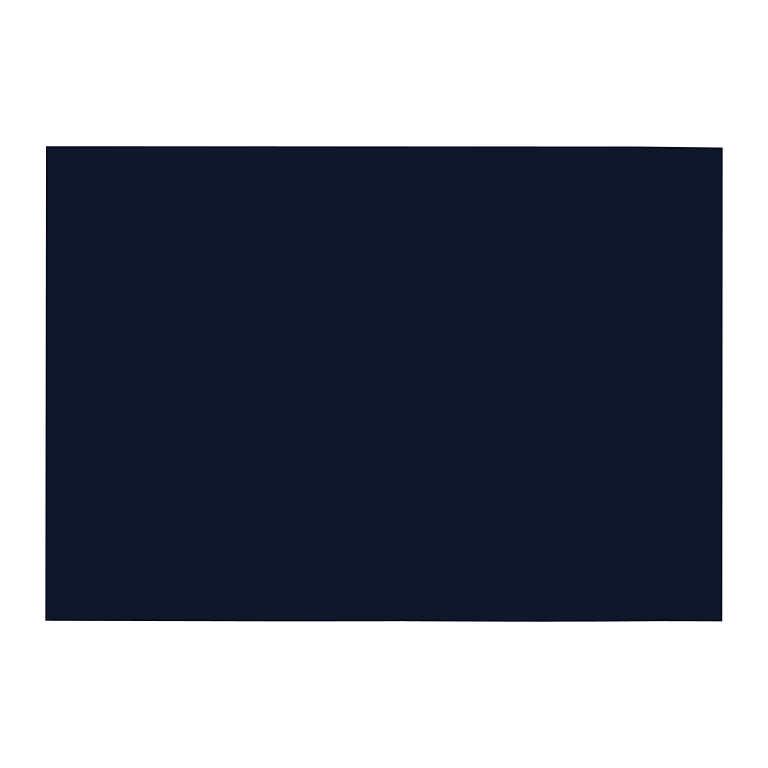 the district of Pawnee, Nebraska, United States of America
{"feature_id": "52423323B98394521598734", "entity_name": "Pawnee", "entity_type": "district", "adm_level": 2, "iso_a3": "USA", "parent_name": "United States of America", "parent_adm1": "Nebraska", "projection": "robinson", "projection_center": [-96.181, 40.131], "detail": "fine", "context": "isolated", "style": "filled", "palette": "ink", "viewbox_px": 768, "rotation_deg": 0, "n_neighbors": 0, "source": "geoboundaries", "source_scale": "gbopen_adm2", "svg_char_len": 370}
<svg xmlns="http://www.w3.org/2000/svg" viewBox="0 0 768 768"><path d="M721.5,620.6L721.9,148.3L637.7,147.3L46.8,147.0L46.1,620.0L283.4,620.6L288.6,620.6L380.8,620.5L403.7,620.4L409.2,620.5L507.3,620.9L507.5,620.9L518.0,620.9L549.7,621.0L549.9,620.9L603.6,620.8L616.1,620.7L660.4,620.4L701.5,620.5L721.5,620.6Z" fill="#0f172a" stroke="#020617" stroke-width="1.5"/></svg>